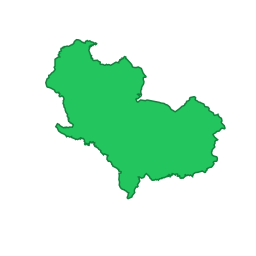 outline of Mezquital del Oro, Zacatecas, Mexico, rotated 294°
{"feature_id": "50627088B62290449256091", "entity_name": "Mezquital del Oro", "entity_type": "district", "adm_level": 2, "iso_a3": "MEX", "parent_name": "Mexico", "parent_adm1": "Zacatecas", "projection": "natural_earth1", "projection_center": [-103.336, 21.194], "detail": "fine", "context": "isolated", "style": "filled", "palette": "green", "viewbox_px": 256, "rotation_deg": 294, "n_neighbors": 0, "source": "geoboundaries", "source_scale": "gbopen_adm2", "svg_char_len": 5814}
<svg xmlns="http://www.w3.org/2000/svg" viewBox="0 0 256 256"><g transform="rotate(294 128 128)"><path d="M176.4,199.8L176.9,195.1L177.2,194.6L178.6,194.3L179.5,193.0L179.5,192.0L178.8,189.6L180.7,187.5L180.6,184.6L180.8,183.4L180.4,182.0L181.0,179.6L180.9,178.5L181.3,177.8L183.1,177.5L183.4,177.2L183.5,175.7L181.1,172.4L180.1,172.2L179.2,172.8L178.6,172.7L177.3,172.0L176.2,170.7L175.0,171.0L172.8,170.2L172.2,170.4L171.3,170.1L169.7,168.5L166.6,167.2L162.2,164.7L162.0,163.8L162.4,161.5L162.3,160.4L162.8,159.3L164.2,157.4L164.9,155.1L165.0,153.7L164.7,153.1L165.1,151.0L164.2,147.8L164.2,146.5L161.5,134.7L161.2,133.9L160.0,132.7L158.7,128.1L155.7,126.5L155.8,125.3L157.5,123.5L158.4,124.0L158.3,124.4L159.0,125.1L161.7,126.5L162.7,123.1L163.3,123.7L163.7,125.7L163.4,126.8L164.2,126.6L165.0,125.6L167.4,124.4L169.0,124.6L170.0,124.1L171.4,123.9L174.7,124.3L176.7,123.8L178.5,122.2L180.1,121.6L180.9,122.0L181.6,123.5L182.1,123.6L182.7,122.9L183.0,121.8L184.4,119.4L187.8,116.0L187.9,112.5L186.7,111.1L186.0,109.6L185.6,107.8L185.7,107.1L187.2,105.8L188.2,104.1L190.6,98.4L190.5,97.7L191.9,97.2L191.9,95.9L191.5,95.6L189.6,95.4L189.3,95.1L189.6,94.6L189.4,94.1L188.7,94.4L188.0,94.1L187.8,93.4L187.1,93.4L187.0,93.0L186.5,93.4L186.1,92.9L184.9,92.7L184.2,92.6L183.8,92.9L183.2,90.2L178.2,86.7L178.2,84.7L177.3,83.7L177.4,82.4L176.0,81.6L175.8,81.1L175.9,79.5L175.6,78.3L175.0,77.3L175.3,76.3L176.6,76.0L177.1,75.4L176.8,74.0L177.5,72.6L175.6,69.1L175.9,67.9L176.9,67.5L176.7,66.2L177.0,65.8L177.8,66.1L178.3,65.1L179.3,65.2L179.4,64.1L183.2,60.5L185.1,60.5L185.8,60.0L186.2,60.3L186.7,59.8L187.0,60.6L187.4,60.7L187.8,60.1L188.2,60.2L188.6,60.8L188.2,61.4L189.3,61.6L189.2,62.4L190.4,62.6L191.2,63.8L190.9,64.4L192.0,65.1L192.4,65.0L192.5,63.6L191.7,62.9L192.1,61.1L191.7,59.3L192.1,57.7L191.0,56.3L191.3,55.1L190.3,54.7L190.0,54.1L189.5,54.0L188.4,54.4L188.4,53.9L187.7,53.4L188.0,52.4L187.6,51.3L188.0,50.7L188.2,48.9L188.5,48.6L188.3,46.6L187.7,45.0L185.8,44.1L184.3,43.8L183.4,44.1L181.7,43.4L181.6,43.0L181.1,42.9L180.6,42.2L178.6,40.8L178.2,40.0L178.1,39.1L177.0,37.9L176.4,36.6L175.5,36.8L175.2,36.5L175.4,35.9L175.0,35.5L174.4,35.7L173.5,34.5L172.5,34.7L171.3,35.7L169.8,34.4L168.7,34.5L168.3,35.2L166.6,34.5L166.3,34.6L166.1,35.5L165.3,36.7L164.6,35.5L161.1,33.4L154.8,36.2L153.5,35.8L151.9,37.7L149.1,37.1L147.4,36.0L144.6,35.2L143.8,34.2L141.9,35.3L140.0,34.1L135.9,34.5L133.2,36.7L132.6,37.6L133.1,40.7L132.8,44.9L132.6,45.7L131.6,46.5L131.1,48.0L131.4,48.9L132.1,49.6L132.3,50.4L131.7,50.5L131.4,51.8L129.5,51.9L129.1,52.3L128.9,53.0L129.3,53.7L130.3,54.3L130.4,55.2L130.2,56.0L129.0,57.4L128.1,57.9L126.7,57.7L125.8,58.3L123.8,58.8L123.4,59.7L121.1,61.1L120.4,62.5L118.7,63.5L117.2,64.9L115.9,67.2L114.2,67.6L113.5,68.5L113.3,69.5L112.7,70.2L112.2,70.3L111.9,69.7L109.9,71.1L109.9,72.0L109.1,73.3L109.4,73.7L108.9,76.3L108.5,76.8L106.1,76.8L105.0,74.1L104.1,73.4L103.7,71.3L103.0,71.1L103.1,70.2L102.3,69.5L102.0,68.9L102.4,65.1L103.2,63.6L103.2,61.8L99.8,61.5L99.3,63.4L97.1,65.8L96.4,68.8L96.4,72.5L96.0,74.1L95.1,75.4L95.6,75.6L96.2,77.1L96.0,78.3L96.9,79.5L96.7,79.8L97.1,80.0L96.4,80.5L96.6,83.7L96.2,84.8L96.8,85.1L97.0,86.8L98.4,87.6L98.4,88.8L99.4,88.4L99.8,88.6L99.9,89.5L99.5,89.9L99.9,90.4L99.8,91.0L100.2,91.4L99.5,92.8L98.7,93.4L97.9,93.5L97.6,94.3L96.7,95.0L95.8,94.8L95.3,95.5L95.6,96.3L96.7,96.2L97.1,96.6L96.1,98.4L96.2,99.4L96.7,99.5L97.8,98.4L98.3,99.2L99.6,98.8L100.1,99.3L99.6,100.5L99.7,101.0L100.7,101.0L101.2,101.7L100.3,102.4L100.9,103.4L100.3,103.4L99.9,104.0L99.1,103.6L97.9,105.0L97.7,105.7L98.3,106.0L97.9,106.3L97.5,107.8L97.6,108.4L96.7,109.9L96.3,112.3L95.1,112.8L93.7,116.1L93.5,116.6L94.7,116.8L94.9,120.9L94.6,121.1L93.9,120.5L93.5,120.9L92.6,120.9L90.9,121.5L89.6,123.6L90.1,124.8L90.1,125.9L89.2,127.3L88.1,128.1L87.8,129.0L87.0,129.7L86.8,134.1L86.3,135.2L86.3,136.4L85.2,136.8L84.9,137.4L85.3,139.4L84.3,139.9L83.7,139.5L83.0,138.2L81.0,139.4L77.1,140.7L75.9,141.8L74.6,142.5L72.3,143.2L70.4,145.4L69.8,147.0L69.8,149.0L70.1,149.7L69.7,150.6L69.6,152.2L69.0,153.6L69.1,155.0L67.5,155.1L66.6,155.5L64.4,155.5L63.8,155.8L63.5,156.8L66.6,159.6L68.0,159.4L71.8,160.4L73.0,159.4L74.5,159.0L76.3,159.2L77.5,159.4L77.7,160.4L78.7,160.9L80.1,159.7L84.2,160.3L85.0,159.8L85.8,158.8L86.2,159.0L86.8,158.5L87.4,157.4L87.9,158.0L87.7,160.8L88.9,162.2L90.2,162.8L91.2,162.4L93.8,163.3L92.4,167.2L91.0,168.8L91.0,169.8L90.3,170.4L90.2,171.5L91.1,173.2L92.4,174.3L92.2,175.1L93.1,176.2L92.8,177.0L94.5,177.5L95.6,179.5L96.3,179.3L96.6,180.2L97.1,180.5L97.4,181.4L98.9,182.5L99.1,183.0L99.5,183.1L99.6,183.7L100.3,184.2L100.4,184.8L100.6,184.3L100.8,184.7L101.2,184.3L101.4,184.7L101.7,184.6L101.6,184.9L102.2,185.1L101.5,186.4L101.9,186.4L102.2,187.0L102.9,186.9L103.2,187.6L104.3,187.0L104.6,187.9L104.4,190.4L105.0,190.1L106.0,191.5L106.0,192.0L105.5,192.4L104.2,192.6L104.2,193.4L105.3,194.5L103.6,195.9L103.6,197.0L104.3,197.4L104.5,198.7L107.1,199.9L107.6,199.9L108.2,199.2L108.7,199.4L108.3,201.1L109.6,201.9L109.6,203.7L110.5,204.2L109.9,206.7L111.1,206.3L111.4,206.6L112.5,206.4L114.6,207.6L115.8,209.7L118.9,213.4L118.6,216.3L119.2,216.8L121.1,216.7L121.9,217.3L122.9,216.7L125.0,218.4L126.0,220.0L126.9,220.5L130.0,221.1L130.6,220.9L131.0,220.0L131.7,219.9L132.5,220.4L133.7,222.4L134.4,222.6L136.4,222.1L137.5,221.2L137.7,220.6L137.3,217.7L137.5,216.1L138.8,214.7L140.4,214.0L140.6,214.2L142.5,213.8L146.0,215.0L147.0,213.9L148.0,213.5L149.3,213.7L151.0,212.9L152.4,213.3L153.0,214.3L153.7,214.7L154.9,210.8L156.5,208.3L157.1,208.4L159.5,210.1L160.7,210.3L162.4,212.6L165.7,213.5L166.3,214.7L166.4,216.3L167.0,216.7L167.4,216.6L169.2,215.0L170.7,211.3L171.5,210.7L172.6,211.0L174.5,209.7L174.9,209.2L175.1,207.2L175.7,206.0L177.1,204.6L176.2,204.1L175.8,203.2L174.8,202.2L174.9,201.2L176.4,199.8Z" fill="#22c55e" stroke="#15803d" stroke-width="1.5"/></g></svg>